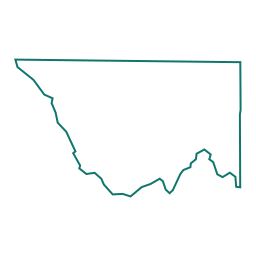 Custer, Colorado, United States of America (Robinson projection)
{"feature_id": "52423323B47338290573019", "entity_name": "Custer", "entity_type": "district", "adm_level": 2, "iso_a3": "USA", "parent_name": "United States of America", "parent_adm1": "Colorado", "projection": "robinson", "projection_center": [-105.354, 38.078], "detail": "fine", "context": "isolated", "style": "outline", "palette": "teal", "viewbox_px": 256, "rotation_deg": 0, "n_neighbors": 0, "source": "geoboundaries", "source_scale": "gbopen_adm2", "svg_char_len": 680}
<svg xmlns="http://www.w3.org/2000/svg" viewBox="0 0 256 256"><path d="M240.3,62.1L232.7,62.1L15.4,59.6L17.5,67.1L33.4,79.8L44.3,94.6L52.6,98.3L51.6,103.0L55.7,112.9L57.7,122.7L66.3,131.8L75.4,151.4L73.2,153.2L80.1,165.5L79.3,168.4L86.4,174.0L94.6,172.8L101.3,178.7L103.9,184.6L112.7,194.4L122.6,193.9L130.6,196.4L141.7,187.1L150.7,183.9L159.7,178.7L162.9,181.2L165.7,189.6L169.6,193.2L172.8,190.2L180.4,173.9L183.4,170.0L190.4,167.2L190.8,163.4L195.9,159.2L196.6,153.7L204.4,149.5L210.7,154.5L209.3,159.3L213.2,162.1L217.3,174.3L222.6,177.1L229.8,172.7L235.4,176.8L236.2,186.8L240.2,187.3L239.9,114.8L240.6,109.7L240.3,62.1Z" fill="none" stroke="#0f766e" stroke-width="2"/></svg>